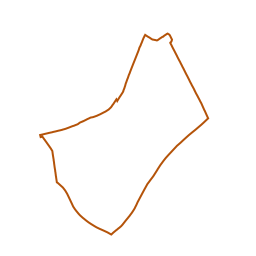 outline of Papendrecht, Zuid-Holland, Netherlands, rotated 312°
{"feature_id": "6326949B523319393128", "entity_name": "Papendrecht", "entity_type": "district", "adm_level": 2, "iso_a3": "NLD", "parent_name": "Netherlands", "parent_adm1": "Zuid-Holland", "projection": "mercator", "projection_center": [4.707, 51.835], "detail": "fine", "context": "isolated", "style": "outline", "palette": "amber", "viewbox_px": 256, "rotation_deg": 312, "n_neighbors": 0, "source": "geoboundaries", "source_scale": "gbopen_adm2", "svg_char_len": 4908}
<svg xmlns="http://www.w3.org/2000/svg" viewBox="0 0 256 256"><g transform="rotate(312 128 128)"><path d="M40.0,111.5L40.2,112.5L40.2,115.4L40.2,115.6L40.2,119.4L39.5,123.2L38.4,126.8L36.8,130.7L34.0,137.4L33.2,139.2L32.8,140.3L32.5,141.6L32.3,142.2L31.8,144.7L31.2,148.7L31.1,149.7L31.0,150.8L31.0,151.6L31.0,152.6L31.0,153.4L31.0,154.6L31.1,155.9L31.2,158.3L31.3,159.7L31.5,161.9L31.6,162.6L31.7,163.1L31.8,164.0L32.1,165.7L32.5,167.9L32.8,169.5L33.0,170.5L33.3,171.7L34.0,174.1L34.3,175.1L34.4,175.3L34.6,175.9L35.6,179.0L36.7,182.6L37.6,186.7L37.7,186.9L38.2,186.9L38.6,186.9L39.2,187.0L39.8,187.0L40.6,187.1L41.2,187.2L42.0,187.3L42.6,187.4L43.3,187.5L44.1,187.6L44.9,187.8L45.7,187.9L46.5,188.0L47.3,188.1L48.0,188.3L48.7,188.4L49.1,188.4L49.7,188.5L50.3,188.6L50.7,188.6L51.2,188.6L51.8,188.6L52.4,188.6L52.7,188.6L53.8,188.5L54.4,188.5L55.0,188.4L55.8,188.4L56.8,188.3L58.8,188.2L61.3,188.1L62.6,188.0L63.4,188.0L64.3,187.9L65.3,187.8L67.6,187.6L68.9,187.4L69.6,187.3L70.2,187.2L71.4,187.0L72.9,186.7L74.5,186.2L75.4,186.0L76.1,185.8L77.4,185.4L78.6,185.0L79.9,184.6L80.4,184.5L86.4,183.0L91.7,181.7L93.7,181.2L93.8,181.2L99.4,179.9L102.0,179.7L104.9,179.4L107.6,179.2L109.5,179.0L111.2,178.7L116.6,177.8L116.8,177.7L118.7,177.4L121.2,177.0L122.5,176.8L124.8,176.6L126.7,176.4L127.8,176.3L131.0,176.1L135.2,176.1L146.6,176.3L147.6,176.3L148.3,176.4L149.0,176.5L152.2,176.9L155.9,177.2L159.9,177.6L163.6,178.0L167.6,178.6L171.9,179.3L175.0,179.7L179.5,180.3L182.6,180.6L188.8,181.1L190.1,178.1L192.1,173.6L192.4,172.7L194.0,169.1L195.4,166.0L196.3,163.4L196.5,163.0L197.1,161.4L197.5,160.3L197.7,159.7L197.9,159.2L198.1,158.8L198.2,158.5L198.2,158.3L198.4,157.9L198.9,156.4L199.0,156.1L199.5,154.7L199.7,154.3L200.1,153.2L200.4,152.6L200.4,152.4L200.6,151.9L200.8,151.7L201.8,148.9L202.0,148.4L202.4,147.1L203.1,145.4L203.8,143.4L204.8,141.0L205.4,139.5L205.5,139.1L205.9,138.2L206.2,137.4L206.4,136.8L207.0,135.2L207.1,134.9L207.2,134.5L207.3,134.4L207.4,134.2L208.1,132.3L208.2,132.2L208.4,131.6L208.6,131.1L208.9,130.3L209.0,130.2L209.1,129.8L209.2,129.5L209.3,129.4L209.7,128.2L210.1,127.1L210.5,126.2L211.5,123.5L211.6,123.3L211.8,122.9L212.7,120.3L213.3,118.7L213.5,118.2L214.1,116.6L214.5,115.8L214.5,115.7L214.6,115.4L216.5,110.4L217.3,108.2L217.8,106.9L218.7,104.7L219.5,102.5L219.7,102.3L219.8,102.3L220.1,102.4L220.4,102.4L220.7,102.5L221.0,102.4L221.6,102.3L222.4,101.9L222.5,101.9L223.1,101.6L224.8,97.3L225.0,96.5L225.0,95.9L224.7,94.7L224.7,94.3L223.8,93.9L223.4,93.8L222.8,93.7L220.7,93.1L220.1,93.1L219.7,93.1L219.3,93.0L218.9,92.6L217.9,92.4L216.2,91.9L214.7,91.6L213.0,91.2L212.6,91.0L212.3,90.7L212.1,90.4L212.0,90.1L211.9,89.9L211.8,89.7L211.3,88.9L210.3,87.2L210.1,87.0L210.0,86.4L209.9,86.1L209.7,84.4L209.6,83.6L209.4,82.7L209.2,81.9L208.9,80.0L208.7,78.5L208.4,78.6L208.2,78.6L207.8,78.6L207.6,78.7L207.3,78.8L207.1,78.9L206.9,78.9L206.6,79.0L206.3,79.1L205.8,79.2L205.4,79.3L204.0,79.8L202.1,80.5L201.7,80.7L201.4,80.8L200.8,81.0L200.2,81.2L200.0,81.3L199.3,81.5L198.7,81.7L198.5,81.8L198.1,82.0L197.9,82.1L197.7,82.1L197.2,82.3L195.9,82.6L195.5,82.7L195.0,82.9L194.4,83.2L194.0,83.4L193.7,83.5L193.1,83.8L192.3,84.1L191.8,84.3L183.2,87.5L179.1,89.0L175.1,90.5L170.9,92.1L170.0,92.5L169.2,92.8L168.7,92.9L167.9,93.2L166.5,93.8L165.1,94.4L164.6,94.6L164.2,94.7L161.5,95.8L160.6,96.2L159.9,96.4L158.9,96.9L157.9,97.4L157.6,97.6L156.6,98.0L155.7,98.4L155.3,98.6L152.6,99.6L152.4,99.8L151.9,100.0L151.5,100.1L151.1,100.2L150.0,100.4L149.3,100.5L146.1,101.0L145.8,101.0L144.8,101.2L143.1,101.5L142.6,101.6L141.0,101.9L141.1,101.7L141.3,100.7L141.5,100.2L135.7,101.1L134.9,101.1L134.3,101.2L134.2,101.2L133.2,101.4L132.6,101.4L132.3,101.5L131.8,101.5L130.7,101.4L129.4,101.3L129.0,101.3L128.9,101.3L127.8,101.0L127.6,100.9L126.7,100.7L125.6,100.4L124.7,100.1L124.2,99.9L123.0,99.4L122.4,99.2L121.1,98.7L119.5,98.1L116.8,96.9L116.7,96.9L116.3,96.7L114.6,95.8L112.6,94.7L110.7,93.2L109.1,92.6L107.3,91.8L105.9,91.3L102.6,90.0L102.6,89.9L101.9,89.6L100.6,89.0L100.4,88.9L100.2,88.8L99.9,88.7L99.7,88.6L97.5,88.2L97.2,88.1L96.3,87.7L95.0,87.0L94.1,86.6L93.5,86.3L92.2,85.5L90.8,84.8L90.4,84.6L89.4,84.1L88.0,83.4L86.9,82.8L85.7,82.2L85.4,82.0L84.1,81.2L83.2,80.6L82.6,80.3L81.9,79.8L81.4,79.5L79.3,78.0L78.1,77.2L76.9,76.4L75.4,75.3L74.5,74.7L74.1,74.5L72.9,73.6L71.1,72.3L70.9,72.2L67.6,69.9L66.4,69.1L64.0,67.4L62.8,69.2L64.3,70.2L64.2,70.4L64.1,71.0L63.9,71.9L63.9,72.0L63.5,73.5L63.5,74.0L63.3,74.6L62.8,77.0L62.5,78.2L62.5,78.4L62.3,79.1L61.6,82.4L61.5,82.5L61.3,83.6L61.0,84.8L60.8,85.3L60.7,85.7L60.5,86.3L60.5,86.5L60.3,87.1L59.9,87.6L58.8,88.9L58.7,89.0L58.3,89.5L58.0,89.9L57.8,90.0L57.3,90.7L56.9,91.2L54.4,94.3L54.2,94.4L54.0,94.7L53.2,95.7L52.8,96.2L52.4,96.6L49.6,99.9L48.8,100.9L48.4,101.4L47.8,102.2L47.5,102.5L47.1,102.9L46.2,104.1L45.8,104.5L44.9,105.6L44.5,106.0L43.8,106.9L43.7,107.1L43.3,107.5L40.0,111.5Z" fill="none" stroke="#b45309" stroke-width="2"/></g></svg>